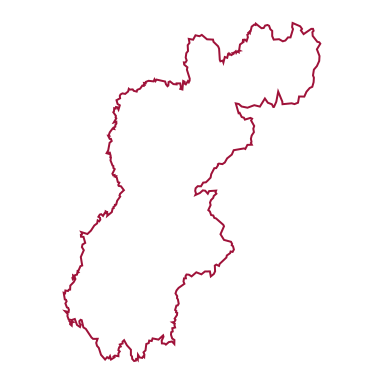 the district of Amansie Central, Ashanti, Ghana
{"feature_id": "2480657B25462964367622", "entity_name": "Amansie Central", "entity_type": "district", "adm_level": 2, "iso_a3": "GHA", "parent_name": "Ghana", "parent_adm1": "Ashanti", "projection": "equal_earth", "projection_center": [-1.784, 6.207], "detail": "fine", "context": "isolated", "style": "outline", "palette": "rose", "viewbox_px": 384, "rotation_deg": 0, "n_neighbors": 0, "source": "geoboundaries", "source_scale": "gbopen_adm2", "svg_char_len": 5895}
<svg xmlns="http://www.w3.org/2000/svg" viewBox="0 0 384 384"><path d="M251.8,144.7L250.9,142.9L251.5,141.9L250.9,138.8L251.7,135.5L253.9,132.2L253.3,128.7L254.2,126.0L251.1,120.5L252.1,118.7L250.4,117.9L244.9,119.6L243.9,117.7L241.7,117.0L239.6,112.8L238.6,113.2L235.8,103.4L238.8,104.0L241.6,106.5L247.5,107.7L254.3,105.2L259.9,106.6L264.9,98.5L267.8,102.7L271.9,104.3L273.3,107.0L274.0,106.9L276.3,101.7L278.2,91.6L282.3,101.6L282.5,104.2L291.7,103.3L294.5,104.1L298.0,102.7L299.1,96.5L304.3,96.6L306.5,91.7L309.7,88.0L312.3,86.8L313.6,82.2L313.9,77.7L313.0,75.4L313.9,69.6L316.9,66.1L319.2,61.0L319.5,56.0L316.9,49.3L320.3,43.7L319.3,42.3L317.3,41.8L312.7,35.9L312.4,32.2L313.6,30.8L313.0,28.9L311.2,28.9L303.6,34.1L300.9,30.4L302.0,28.9L300.2,26.3L292.6,23.0L292.1,27.1L293.0,29.1L290.5,37.4L288.0,37.4L285.4,40.5L282.8,41.3L279.1,39.2L273.7,39.6L272.2,36.1L272.2,30.9L270.3,29.2L269.1,25.8L267.5,25.0L265.1,25.6L263.7,28.0L261.5,28.2L255.8,23.7L255.5,25.0L254.3,24.6L251.7,26.6L250.6,31.2L250.0,31.2L249.9,32.5L249.4,31.8L248.4,32.7L249.1,33.3L247.3,34.8L247.9,37.2L246.6,41.1L244.9,39.6L243.0,39.8L242.8,41.4L243.6,40.9L243.6,41.9L240.0,44.5L239.1,50.3L239.9,50.7L238.4,51.0L238.7,52.3L236.8,51.6L236.2,52.7L235.7,51.3L234.1,52.8L233.7,51.9L233.7,53.1L232.7,53.2L233.3,53.9L231.3,55.1L229.2,53.5L229.0,54.5L228.1,54.1L227.2,57.8L224.8,57.0L223.4,62.6L222.7,60.6L220.4,61.3L219.8,59.9L219.1,48.7L218.1,46.3L213.5,41.8L213.0,39.6L207.0,39.3L201.8,34.9L199.5,36.2L195.5,35.3L193.1,39.7L188.8,38.9L189.5,42.9L187.7,45.2L188.0,51.0L186.3,53.2L185.7,57.6L186.7,60.5L185.5,62.5L183.9,62.4L184.2,64.6L187.4,67.3L186.9,69.7L189.7,78.6L189.6,80.7L188.8,82.3L187.9,81.1L185.8,84.4L184.7,83.7L184.6,81.7L183.2,81.0L182.4,89.5L180.3,88.9L181.0,87.3L180.2,83.4L176.6,83.4L176.6,84.4L173.4,84.1L170.0,81.4L168.6,82.1L168.3,85.5L167.5,86.2L166.0,84.3L165.1,81.5L156.5,79.6L155.5,81.1L154.5,79.3L153.6,81.4L148.6,80.8L145.8,81.9L145.7,83.2L144.1,83.0L144.7,84.8L143.8,84.8L143.7,85.9L142.3,85.6L140.1,88.7L137.3,89.8L136.7,91.6L133.7,90.8L132.7,89.4L129.7,89.6L128.8,88.8L128.1,91.5L125.2,93.9L122.4,93.4L120.5,94.5L119.8,95.9L120.1,98.3L116.5,100.2L117.6,104.0L119.8,105.3L118.5,109.6L117.4,107.3L116.0,107.0L115.6,108.6L114.2,108.2L114.0,111.2L113.3,112.2L115.9,115.9L115.6,117.5L116.3,118.3L113.8,122.5L116.3,121.8L116.4,123.6L115.3,125.1L115.3,126.7L113.6,127.6L114.2,129.0L112.5,128.7L109.8,132.3L108.8,135.0L109.3,135.7L108.1,135.7L109.7,138.9L110.9,138.9L111.7,141.0L109.6,142.8L108.2,150.4L106.6,153.2L109.7,154.1L109.3,152.6L109.8,152.6L110.7,156.1L110.3,157.1L110.9,157.5L110.5,160.4L112.5,165.5L113.3,166.0L113.4,168.0L114.7,169.1L112.4,173.7L113.2,175.3L114.6,175.0L114.6,176.4L116.2,176.2L115.9,177.1L116.7,177.4L117.8,182.0L119.3,182.6L118.3,185.0L118.7,185.9L121.0,186.3L123.9,190.2L120.1,193.8L119.5,195.6L120.2,196.6L117.2,200.7L116.2,204.5L115.0,204.8L115.2,205.6L113.5,207.0L113.7,208.1L112.6,208.6L111.8,212.1L107.3,215.8L107.7,213.9L107.1,213.3L107.2,211.1L106.9,212.1L105.7,211.4L105.6,213.1L104.9,212.8L103.0,215.9L101.2,214.2L99.8,214.6L98.4,216.8L100.0,217.8L100.3,219.7L99.2,221.3L97.7,220.4L97.1,223.4L94.3,225.5L90.9,230.7L87.4,234.0L81.3,232.1L82.1,233.5L81.8,234.6L80.9,234.8L81.0,236.7L83.5,236.9L85.2,242.9L82.5,244.5L81.9,247.1L83.8,250.2L80.8,257.0L82.2,265.5L80.4,266.2L78.5,270.6L77.6,270.8L77.5,271.8L78.4,272.4L77.2,273.1L77.0,274.6L75.0,275.2L74.7,276.4L73.1,275.4L73.2,276.8L72.4,277.8L72.8,279.2L74.8,277.5L75.4,279.0L73.7,282.1L70.3,285.6L70.1,289.6L68.8,289.7L68.0,291.0L65.4,290.5L65.1,293.3L63.7,292.8L64.8,299.4L66.0,299.8L66.6,301.3L65.4,303.4L66.9,307.4L68.2,307.9L68.9,309.8L68.6,312.0L65.1,311.2L67.7,314.0L67.4,316.0L68.6,319.4L69.9,319.7L69.3,321.0L70.3,322.2L70.1,324.2L71.7,325.6L71.9,322.4L73.1,322.1L71.9,321.3L71.7,320.0L74.8,319.0L77.0,324.9L80.0,327.0L80.7,324.9L79.6,323.4L79.3,321.2L80.6,319.8L81.7,320.2L83.4,327.4L85.8,328.9L91.5,337.5L93.1,338.9L97.6,338.8L96.2,342.9L97.0,345.8L98.8,347.9L101.0,354.8L105.1,359.5L107.1,357.2L108.8,358.3L110.0,356.2L111.0,359.5L114.4,357.4L113.6,356.5L114.9,355.6L118.4,356.2L118.4,353.4L119.7,351.4L118.4,350.3L118.7,348.7L119.3,347.1L120.8,346.5L119.8,344.5L122.6,343.5L122.6,341.6L124.1,340.2L126.9,345.3L130.9,349.7L130.9,355.1L132.0,356.5L132.2,358.9L134.1,361.0L135.9,360.6L136.3,358.0L136.5,359.4L137.2,358.9L137.8,359.7L138.0,354.8L139.6,357.4L142.2,357.9L143.4,356.2L144.2,357.0L144.4,354.5L143.5,352.3L145.5,350.4L146.3,344.0L148.7,343.1L149.2,340.6L151.7,341.0L152.6,338.4L158.5,339.6L163.1,335.4L163.5,336.7L161.7,340.7L161.9,343.4L164.7,343.6L165.9,344.6L168.8,342.1L172.0,341.5L174.3,344.0L174.4,340.0L172.2,338.5L171.0,334.8L171.2,332.2L172.7,331.5L172.3,328.2L175.1,327.5L174.4,324.9L174.8,323.8L172.4,322.3L174.3,322.0L175.5,319.9L174.6,318.7L177.0,315.0L177.2,312.9L176.0,312.3L176.3,311.0L175.1,310.0L176.4,305.6L177.7,305.4L178.7,303.7L177.9,299.4L177.0,298.1L177.2,296.2L175.5,293.4L176.5,290.5L178.6,287.9L184.4,283.8L183.5,281.5L184.0,278.4L185.9,278.3L185.5,276.2L186.5,274.5L188.9,274.7L191.6,276.4L196.3,272.3L201.4,274.3L204.9,271.5L209.9,271.4L210.8,276.4L213.8,274.0L215.1,271.3L214.8,265.6L216.3,264.6L219.0,265.9L219.7,263.8L226.4,257.5L226.8,255.5L230.1,253.2L230.6,251.5L232.6,251.9L233.9,249.5L233.0,246.2L231.7,245.2L232.1,243.9L231.0,241.8L224.0,239.9L220.5,234.2L224.0,226.3L223.3,224.8L216.0,218.4L214.3,217.9L213.3,215.5L211.1,215.0L209.9,211.5L208.3,210.1L210.6,205.1L210.0,202.6L211.0,200.1L213.2,197.9L213.8,195.9L216.4,193.7L215.5,192.3L216.1,190.6L209.1,191.1L207.8,193.7L205.2,190.7L202.8,190.4L199.9,193.0L195.4,195.0L196.0,193.5L195.2,190.9L195.6,188.3L197.7,186.2L201.0,186.3L203.2,182.6L205.9,182.3L207.4,180.9L210.6,177.6L211.2,174.2L214.3,168.2L216.2,168.1L218.0,165.3L217.9,164.2L218.9,163.6L222.4,164.1L224.8,162.5L227.1,158.4L231.8,154.6L233.7,150.2L244.1,148.4L245.3,149.0L247.4,144.9L251.8,144.7Z" fill="none" stroke="#9f1239" stroke-width="2"/></svg>